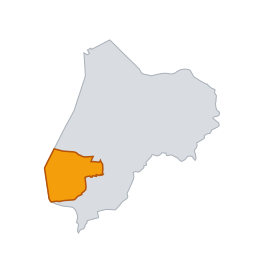 location of Al-Muthannia within Iraq, rotated 76°
{"feature_id": "IRQ-3223", "entity_name": "Al-Muthannia", "entity_type": "Province", "adm_level": 1, "iso_a3": "IRQ", "parent_name": "Iraq", "parent_adm1": "", "projection": "natural_earth1", "projection_center": [45.575, 30.396], "detail": "fine", "context": "in_parent", "style": "filled", "palette": "amber", "viewbox_px": 256, "rotation_deg": 76, "n_neighbors": 0, "source": "natural_earth", "source_scale": "10m", "svg_char_len": 4550}
<svg xmlns="http://www.w3.org/2000/svg" viewBox="0 0 256 256"><g transform="rotate(76 128 128)"><path d="M104.6,40.3L106.4,39.8L109.7,37.1L111.6,34.6L112.2,34.3L113.9,35.2L115.1,35.4L118.0,34.4L119.6,34.9L121.0,35.6L121.8,35.6L125.6,37.2L126.5,37.4L128.5,37.6L131.4,37.7L133.3,36.6L134.6,35.6L135.5,35.7L136.4,35.9L137.2,36.3L137.8,37.1L138.1,38.1L138.0,41.5L138.3,42.4L138.8,43.1L139.4,43.2L140.2,42.5L141.6,41.4L143.3,40.2L144.6,39.1L145.3,38.7L146.4,38.8L147.6,39.0L148.2,39.5L148.8,41.3L150.2,47.2L151.1,48.0L152.1,48.6L152.8,49.5L153.0,50.4L152.9,51.7L153.0,53.4L153.4,54.6L153.9,55.5L154.4,56.0L155.2,56.0L156.1,56.3L156.8,57.2L158.8,64.0L158.9,64.8L159.8,65.1L161.2,65.0L162.6,65.7L164.1,66.8L165.5,68.9L166.5,69.2L169.5,68.9L173.6,69.2L175.5,70.3L175.3,71.0L173.8,71.7L171.2,72.6L170.5,74.0L170.0,75.9L170.1,77.0L170.8,78.1L172.6,80.5L172.7,81.3L173.0,82.5L173.4,83.3L173.0,84.8L171.3,85.9L169.1,87.1L164.7,92.3L164.4,93.4L164.4,96.4L164.0,97.3L162.6,97.3L161.5,97.1L161.4,98.2L160.7,99.7L160.3,100.9L161.9,103.8L162.2,105.4L162.0,106.8L160.5,109.3L159.6,110.9L159.8,111.3L161.0,111.9L164.6,117.3L165.8,119.2L167.4,118.7L167.9,118.7L168.4,119.1L168.7,119.7L168.7,120.5L168.3,121.7L170.3,122.2L171.0,123.4L173.3,127.6L173.2,128.9L172.1,130.9L172.1,132.2L172.3,133.3L172.7,133.8L176.1,133.9L177.6,134.4L181.1,136.6L185.1,139.8L188.5,142.5L191.3,144.8L194.3,144.7L195.1,145.1L195.9,145.8L196.8,147.7L198.5,152.0L200.0,153.4L202.3,156.8L204.4,160.0L203.0,164.4L201.7,168.9L201.7,174.7L201.7,177.9L204.6,178.0L207.9,178.2L207.9,181.9L208.0,185.7L208.0,190.0L209.0,190.2L210.5,191.1L211.1,192.5L211.9,193.3L212.9,193.4L213.9,194.1L214.9,195.3L215.2,196.3L215.0,196.9L215.2,198.0L215.9,199.7L216.7,200.4L217.9,201.4L216.2,201.9L214.4,201.5L210.4,199.6L209.1,199.5L207.5,200.3L207.4,200.9L203.2,198.8L201.7,198.4L201.2,198.3L198.8,198.3L195.4,198.7L193.4,199.6L192.0,200.5L191.4,201.4L191.1,201.9L190.1,204.5L188.8,207.9L187.5,211.0L185.0,215.2L183.6,217.2L180.6,220.9L177.4,221.7L169.8,220.9L161.4,220.1L153.1,219.3L146.9,218.7L146.4,218.5L140.3,213.3L135.4,209.1L129.4,203.9L123.3,198.6L117.0,193.2L112.5,189.3L107.0,184.3L102.0,179.7L98.1,176.1L93.1,173.0L89.1,170.5L83.4,166.9L78.8,164.0L74.9,161.6L68.9,157.8L66.9,156.7L60.6,155.5L54.6,154.4L48.5,153.3L44.4,152.6L47.1,149.9L46.3,147.4L44.4,147.9L42.5,148.5L41.5,144.7L42.9,144.2L41.7,139.3L40.5,134.3L39.3,129.4L38.1,124.4L43.3,121.2L47.2,118.8L52.7,115.5L58.0,112.3L63.0,109.2L68.6,105.8L73.5,102.8L78.0,101.5L79.0,100.6L81.1,96.5L82.9,92.9L83.0,92.1L83.0,87.1L83.4,81.2L84.0,78.1L85.1,75.3L86.0,73.3L86.2,71.4L86.1,69.5L85.1,66.6L84.2,63.5L84.3,60.6L84.5,59.1L85.2,56.6L86.3,54.7L87.4,53.6L91.7,52.4L94.2,51.8L97.6,48.5L99.6,46.6L102.4,43.6L104.5,41.3L104.6,40.6L104.6,40.3Z" fill="#d9dde1" stroke="#a8b0b8" stroke-width="1"/><path d="M181.2,220.3L180.6,220.9L179.8,221.1L179.0,221.3L178.7,221.4L178.2,221.5L177.4,221.7L175.4,221.5L174.0,221.3L172.6,221.2L171.2,221.1L169.7,220.9L167.8,220.7L165.9,220.6L164.0,220.4L162.1,220.2L160.2,220.0L158.3,219.8L156.4,219.6L154.5,219.5L153.0,219.3L151.5,219.2L150.1,219.0L148.6,218.9L146.9,218.7L146.6,218.6L146.4,218.5L145.0,217.3L143.2,215.8L141.4,214.3L139.7,212.8L137.9,211.2L135.8,209.4L133.7,207.6L131.6,205.8L130.3,204.7L130.6,204.3L134.7,196.7L138.0,186.6L138.7,185.2L139.5,184.2L139.8,183.9L140.7,183.2L141.8,182.7L142.8,181.1L143.6,180.2L144.4,179.4L145.3,177.8L145.7,176.7L147.2,168.7L150.3,171.2L151.8,172.0L152.2,169.7L153.4,166.4L153.9,165.2L154.2,164.4L154.2,164.0L153.8,163.8L153.7,163.6L153.6,163.3L153.5,163.1L153.4,163.1L153.1,162.9L152.9,162.8L152.7,162.6L153.1,162.6L156.1,161.8L156.3,161.5L157.6,161.5L162.1,162.4L165.4,163.6L166.2,163.5L166.6,163.4L166.7,163.2L167.3,163.9L167.4,164.3L167.4,164.7L167.4,165.0L167.3,165.3L167.2,165.3L167.0,165.1L166.9,165.1L166.7,165.1L166.6,165.3L166.5,165.8L166.5,166.0L166.8,166.2L166.9,166.3L167.0,166.6L167.1,167.3L167.1,167.6L167.0,167.8L165.8,169.5L165.6,169.9L165.6,170.2L166.1,170.3L167.2,170.4L166.1,173.0L165.9,173.7L165.9,174.0L166.3,174.1L166.6,174.4L166.8,174.5L166.9,175.1L166.8,175.8L166.6,176.1L166.4,176.1L166.0,176.0L165.8,176.0L165.6,176.3L165.5,176.9L165.4,177.3L165.4,178.0L165.2,178.5L165.5,181.6L174.6,182.9L177.6,184.0L179.3,186.9L180.0,188.6L180.2,188.9L180.5,189.0L181.3,188.9L181.6,190.3L181.9,192.4L182.1,193.0L182.3,193.6L184.2,196.4L184.3,196.8L184.5,197.3L184.5,197.9L184.5,198.5L183.0,207.0L182.8,209.3L182.8,212.2L182.7,212.8L182.0,214.1L181.8,214.6L181.7,215.2L181.3,219.7L181.2,220.3L181.2,220.3Z" fill="#f59e0b" stroke="#b45309" stroke-width="1.5"/></g></svg>